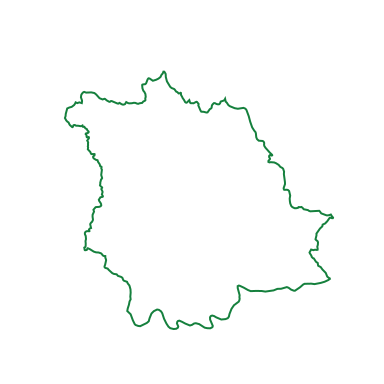 Phu Yen, Son La, Vietnam, rotated 338°
{"feature_id": "81297802B22446045808118", "entity_name": "Phu Yen", "entity_type": "district", "adm_level": 2, "iso_a3": "VNM", "parent_name": "Vietnam", "parent_adm1": "Son La", "projection": "natural_earth1", "projection_center": [104.682, 21.225], "detail": "fine", "context": "isolated", "style": "outline", "palette": "green", "viewbox_px": 384, "rotation_deg": 338, "n_neighbors": 0, "source": "geoboundaries", "source_scale": "gbopen_adm2", "svg_char_len": 5965}
<svg xmlns="http://www.w3.org/2000/svg" viewBox="0 0 384 384"><g transform="rotate(338 192 192)"><path d="M119.7,308.0L120.8,310.1L123.7,312.2L126.2,312.9L128.1,312.5L128.9,311.5L128.8,308.2L129.7,306.9L130.5,306.4L132.0,306.5L134.1,308.6L136.5,311.5L140.1,315.0L142.2,315.2L144.7,314.7L146.4,315.1L149.2,317.2L152.9,322.5L155.3,324.1L158.0,325.2L160.2,325.0L161.1,324.0L161.0,317.1L161.8,314.9L162.9,314.1L164.4,314.1L166.0,315.3L167.5,317.3L171.4,321.2L175.5,322.4L177.9,322.4L179.5,321.4L181.1,319.1L184.9,315.1L188.5,312.7L194.2,311.2L195.3,310.2L196.2,308.8L196.6,307.2L197.5,305.5L198.4,298.2L199.1,296.4L200.4,296.3L201.3,297.0L204.1,300.0L207.2,303.9L209.3,305.9L214.6,307.8L219.7,310.0L222.7,311.8L230.8,313.8L234.9,313.8L238.4,315.1L244.3,315.7L245.7,317.0L247.3,319.6L249.4,321.6L250.4,322.1L256.5,320.8L260.5,319.4L262.0,319.3L268.3,321.7L271.1,323.3L277.2,324.5L281.3,324.9L285.3,324.7L287.3,324.2L287.3,323.5L286.8,323.1L285.7,321.1L285.7,317.1L283.9,312.7L283.2,309.8L281.4,307.7L281.5,306.8L282.0,304.9L280.8,303.1L280.1,299.3L279.4,298.7L278.7,297.1L278.8,295.7L278.6,294.3L278.3,293.2L278.3,292.1L280.9,290.0L282.8,291.4L284.5,291.6L285.8,292.4L286.8,292.6L287.2,291.9L287.7,289.6L288.9,288.1L290.0,285.8L290.0,284.7L288.9,282.6L288.8,282.1L291.2,278.8L291.8,277.2L297.0,273.8L299.9,272.7L300.9,271.2L304.0,271.0L304.9,270.4L306.1,270.0L310.0,267.5L310.6,267.6L312.1,268.8L312.8,269.0L313.2,268.5L312.7,267.2L312.3,264.9L310.3,264.8L308.4,264.3L307.5,263.6L303.8,260.2L303.3,258.0L302.9,257.1L294.4,254.2L293.4,253.3L292.7,252.2L289.1,249.8L288.7,248.4L287.9,246.9L286.2,246.5L285.6,246.0L285.1,245.9L284.3,246.4L282.3,246.0L281.0,245.4L279.4,243.6L278.8,242.2L278.8,239.4L279.3,237.2L280.1,234.7L281.7,232.1L282.4,227.5L281.8,226.2L280.9,225.5L278.3,224.5L278.2,223.3L278.6,222.5L281.2,219.5L281.9,217.6L283.9,209.8L285.0,207.6L285.2,204.7L284.8,203.6L283.3,201.8L282.5,199.3L280.7,196.8L279.3,195.4L276.3,193.9L274.8,193.5L274.1,192.7L274.6,191.7L276.6,190.7L276.8,190.3L276.6,188.5L277.0,187.5L277.9,187.0L279.6,188.1L280.1,188.0L280.2,187.5L278.8,184.4L276.7,178.5L276.3,176.4L276.5,175.2L277.1,174.1L277.4,173.0L277.1,171.8L276.5,171.1L273.1,169.4L272.1,167.3L272.1,165.3L273.2,161.5L273.3,160.2L272.7,158.5L272.0,154.6L272.3,148.6L273.0,143.0L273.2,136.7L273.1,135.8L272.6,134.6L271.3,133.3L265.7,132.0L263.0,130.3L259.3,126.7L258.3,125.1L257.7,122.1L257.1,120.9L257.6,118.0L256.4,119.0L255.4,119.1L252.5,118.9L251.2,120.3L250.2,120.8L249.0,120.5L247.7,119.6L246.5,118.2L245.6,117.8L244.8,118.1L243.5,118.7L242.7,119.5L241.8,121.1L241.2,121.6L239.5,121.9L236.2,124.0L235.1,123.7L233.0,122.1L230.7,121.0L230.4,119.7L230.3,114.1L231.1,112.9L230.4,110.5L230.1,110.1L229.5,110.0L226.7,110.3L224.0,109.1L223.7,108.4L223.9,105.8L220.9,107.1L220.2,107.1L219.7,106.7L219.3,106.0L219.1,103.8L218.5,101.2L218.5,100.0L218.2,98.0L218.8,96.0L218.5,95.7L217.6,95.9L216.5,95.6L215.9,94.0L214.9,92.9L214.3,90.4L213.9,89.7L212.0,87.9L211.2,86.3L210.2,80.0L210.8,75.5L211.5,73.6L211.8,72.5L211.4,70.1L210.6,69.7L209.7,70.7L208.7,71.5L207.9,71.7L205.8,73.6L203.4,74.3L200.8,74.5L197.4,74.2L195.2,70.9L194.3,70.3L193.9,70.4L193.0,71.0L190.1,74.1L189.0,74.5L186.9,73.9L186.1,73.9L185.8,74.3L184.9,77.3L184.8,79.8L185.3,81.3L185.5,83.7L184.7,86.5L183.8,87.6L183.2,89.4L182.7,89.7L180.6,89.9L179.2,90.7L176.6,90.1L175.2,90.1L174.2,89.5L172.9,88.2L171.5,87.5L169.6,87.2L167.0,86.3L166.0,85.6L164.7,84.0L162.8,85.4L161.4,85.4L160.5,85.0L159.5,84.1L158.2,82.2L157.9,82.2L157.0,82.5L156.1,82.1L151.6,77.6L150.9,77.3L149.8,77.6L149.1,77.4L147.3,75.2L146.2,73.1L145.8,72.8L143.8,72.7L141.4,70.4L139.7,65.7L138.6,63.7L135.9,61.9L131.1,60.2L129.5,58.8L128.6,58.8L127.4,59.3L126.0,60.2L125.4,61.0L124.5,62.6L124.3,66.0L124.0,66.8L123.1,68.3L121.1,66.7L118.9,66.6L117.7,65.3L116.8,66.2L115.3,67.2L113.1,67.8L112.3,68.0L109.9,67.7L107.6,67.8L104.2,72.3L103.2,74.3L101.9,75.8L102.2,78.5L102.7,79.9L103.6,81.3L103.7,83.4L103.9,84.3L105.2,86.9L105.5,87.1L106.0,86.9L107.0,85.8L107.6,85.7L108.5,86.0L108.9,86.7L109.6,87.2L111.6,88.1L113.1,89.1L114.1,89.5L115.4,89.3L115.4,90.8L116.6,91.2L117.0,93.0L118.1,94.4L118.1,95.7L118.8,97.2L118.5,97.9L117.9,98.2L115.6,98.0L115.1,98.4L115.5,99.9L115.0,101.2L115.0,101.8L115.3,102.1L116.8,102.3L116.9,102.7L116.5,103.6L114.1,105.1L114.3,106.4L114.2,107.4L113.6,108.3L113.2,109.7L112.5,110.6L112.4,111.7L111.4,113.4L112.7,116.8L112.7,118.6L113.0,119.2L115.8,120.3L115.7,120.9L115.2,121.6L114.0,121.9L113.4,122.4L113.3,123.4L113.7,124.4L115.0,126.2L116.3,127.1L116.2,128.9L116.8,131.7L116.6,133.8L117.5,134.6L117.5,135.0L116.7,136.3L116.8,137.6L114.2,142.2L113.9,145.4L113.4,145.9L112.6,146.2L112.1,146.7L110.3,149.2L110.1,150.0L109.2,151.3L109.4,152.2L110.3,153.9L110.3,154.4L109.3,155.0L109.0,155.5L109.2,157.3L109.1,158.5L107.5,160.6L107.8,162.1L107.7,162.7L107.3,163.0L105.1,162.6L102.7,164.3L102.6,165.5L103.1,167.8L103.2,169.1L102.8,170.5L101.9,171.0L100.3,171.0L97.6,170.1L96.9,170.0L94.0,171.5L93.8,173.5L91.3,175.9L90.5,177.8L89.9,180.3L89.5,181.0L88.2,182.2L87.2,182.5L85.9,183.3L85.5,183.9L84.9,187.6L83.4,187.6L82.4,188.2L82.3,189.8L82.0,189.9L80.1,189.0L79.3,188.9L78.1,189.2L77.3,189.9L76.9,191.1L77.0,192.9L76.1,195.9L74.9,197.6L74.1,200.1L73.2,202.1L72.6,203.0L71.3,203.2L70.8,205.4L70.9,205.8L71.5,206.1L72.7,206.3L73.8,205.3L74.3,205.1L76.0,206.9L78.6,210.5L80.4,212.0L82.7,213.1L84.6,214.7L85.0,215.4L85.6,217.5L86.4,218.4L87.6,218.9L87.0,220.6L87.0,222.0L86.8,223.1L84.2,226.9L83.0,228.2L82.8,229.1L83.2,229.9L85.1,231.4L85.6,233.0L87.7,237.4L88.9,238.7L91.3,240.1L91.9,242.0L94.4,244.1L95.3,245.4L95.3,248.0L95.8,248.9L98.1,250.9L98.2,252.8L98.9,255.1L98.9,255.8L98.5,259.2L97.4,262.4L95.6,265.9L94.9,268.5L93.1,270.1L91.3,272.9L88.8,275.9L87.4,278.1L89.3,282.4L89.1,288.8L89.4,293.1L89.9,294.2L91.9,296.0L93.7,297.0L101.0,296.5L103.4,295.7L105.5,293.0L108.9,289.5L111.9,288.2L115.6,287.9L117.2,288.9L118.6,291.1L119.0,293.3L118.6,299.0L119.0,304.4L119.7,308.0Z" fill="none" stroke="#15803d" stroke-width="2"/></g></svg>